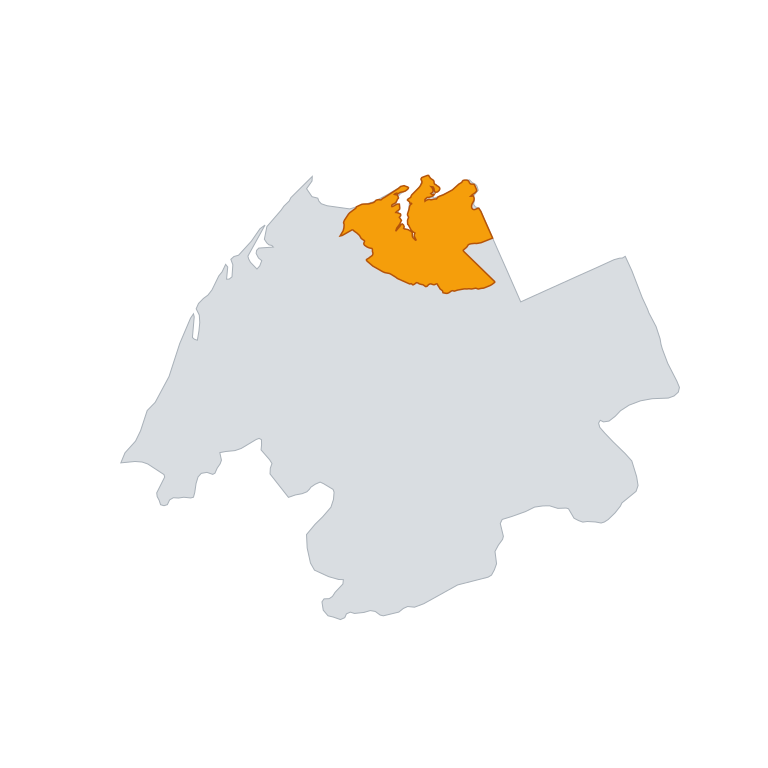 Gabon, with Estuaire highlighted, rotated 66°
{"feature_id": "GAB-2168", "entity_name": "Estuaire", "entity_type": "Province", "adm_level": 1, "iso_a3": "GAB", "parent_name": "Gabon", "parent_adm1": "", "projection": "natural_earth1", "projection_center": [9.925, 0.242], "detail": "fine", "context": "in_parent", "style": "filled", "palette": "amber", "viewbox_px": 768, "rotation_deg": 66, "n_neighbors": 0, "source": "natural_earth", "source_scale": "10m", "svg_char_len": 7924}
<svg xmlns="http://www.w3.org/2000/svg" viewBox="0 0 768 768"><g transform="rotate(66 384 384)"><path d="M512.9,123.8L512.5,130.0L506.5,145.0L503.7,156.5L503.0,168.8L504.6,178.8L507.5,185.8L509.4,193.5L507.9,198.9L505.1,201.2L507.0,203.9L511.4,204.5L518.9,202.2L530.3,198.1L545.3,192.1L555.1,188.9L571.4,190.9L580.1,193.2L584.6,197.4L589.4,215.0L591.7,217.7L595.7,225.3L599.0,234.3L599.7,238.9L599.3,242.2L596.0,247.0L592.3,254.2L591.0,258.6L587.9,261.8L583.9,265.0L573.0,266.2L571.4,268.1L568.3,275.8L562.6,282.3L560.0,288.4L557.7,296.5L558.1,306.7L557.0,321.2L555.8,331.1L558.7,334.5L571.7,336.9L574.2,338.9L577.7,345.0L582.1,350.7L594.0,354.3L598.6,358.7L602.3,363.5L602.8,367.5L600.1,383.3L597.5,398.5L598.5,410.0L599.5,421.0L600.9,437.1L600.3,446.9L596.9,452.9L596.9,457.6L598.4,463.2L595.5,478.9L593.5,481.5L588.2,484.5L585.4,488.7L584.5,495.3L581.6,504.3L578.7,507.6L578.7,511.8L581.5,514.9L581.5,519.6L576.2,525.2L573.0,529.4L565.9,531.5L557.8,529.3L555.9,526.2L557.8,521.4L557.1,517.5L554.4,513.4L550.0,502.9L546.2,500.7L544.1,505.0L537.5,512.9L525.8,523.2L517.7,524.0L502.6,520.9L490.0,516.0L484.1,504.0L480.4,494.1L475.0,482.6L468.9,477.1L462.5,473.6L459.6,473.4L450.4,479.8L447.6,482.3L447.6,487.7L448.5,492.7L449.9,495.1L451.1,498.3L450.9,503.4L449.3,510.1L448.7,517.4L419.8,524.7L414.7,522.1L411.1,518.7L406.7,519.3L394.2,523.1L389.6,520.5L385.0,518.6L382.9,520.2L382.7,523.3L384.8,540.7L384.2,547.3L381.3,556.0L379.9,561.9L387.5,563.5L390.3,566.2L393.0,570.6L396.7,574.7L396.9,577.2L392.7,581.7L391.3,587.3L393.3,591.7L398.5,596.2L406.1,601.0L409.9,604.1L409.5,606.9L406.0,613.0L404.6,618.1L402.2,622.7L402.7,627.0L406.1,631.0L405.7,634.5L403.4,637.2L398.7,636.7L394.6,637.0L391.0,635.9L379.8,622.2L377.3,621.8L360.9,632.4L356.9,636.7L353.5,643.0L349.0,656.5L341.5,648.6L335.1,634.2L327.7,625.4L311.9,611.1L307.7,600.5L289.7,577.3L263.9,554.1L245.2,534.0L242.4,529.5L245.5,530.1L263.6,540.1L266.0,539.0L268.1,536.7L260.3,531.5L252.9,527.3L245.9,524.7L238.9,525.0L235.0,520.7L232.4,514.2L231.2,508.7L228.1,502.9L218.1,491.0L215.7,486.3L210.3,480.0L213.6,479.2L224.2,485.2L225.2,482.8L224.3,479.3L213.6,473.6L207.8,473.2L206.5,469.2L207.2,464.5L199.6,447.1L191.7,434.1L190.4,428.0L211.8,456.3L214.7,456.8L218.5,456.5L227.3,453.3L225.6,449.5L221.6,445.5L217.8,447.4L212.7,447.7L210.1,446.0L208.9,443.1L213.9,429.4L211.8,430.1L210.1,432.5L207.4,433.7L203.1,434.4L192.6,427.0L183.3,407.2L180.8,403.1L178.3,396.2L175.9,393.3L165.2,365.1L169.3,367.2L174.1,375.3L183.6,373.6L187.3,368.9L190.5,369.1L193.8,368.0L198.0,363.5L210.1,344.1L213.4,318.4L212.3,303.1L210.5,288.0L214.6,283.2L216.1,286.3L216.9,291.7L218.8,295.7L223.1,299.3L231.2,300.2L243.6,305.8L248.0,309.4L249.2,302.3L263.5,296.2L259.2,294.0L246.5,296.4L229.1,287.3L223.3,281.6L217.9,270.6L212.3,264.9L212.7,259.7L225.2,255.0L228.5,255.5L229.8,261.2L233.2,263.5L234.5,262.7L235.0,257.9L235.1,245.0L231.3,226.4L232.4,222.8L235.9,221.5L238.9,219.1L241.0,218.6L245.3,219.1L247.4,223.4L248.6,225.8L252.8,226.8L256.4,229.1L259.4,228.5L261.9,225.8L265.6,225.3L277.0,225.3L287.3,225.4L307.9,225.5L328.5,225.5L349.1,225.6L364.6,225.7L364.5,215.1L364.4,198.7L364.3,179.3L364.2,160.8L364.2,143.6L364.0,123.3L364.9,117.5L365.9,115.1L365.5,111.7L381.5,111.5L410.3,113.0L422.9,112.8L426.5,113.1L442.2,112.1L455.0,113.4L460.4,114.8L465.3,115.5L480.6,116.4L500.5,115.3L507.3,115.5L511.1,118.4L512.9,123.8Z" fill="#d9dde1" stroke="#a8b0b8" stroke-width="1"/><path d="M265.6,225.3L273.9,225.4L294.9,225.4L294.4,237.9L293.3,242.3L292.4,244.0L291.3,247.4L291.0,249.1L291.1,250.4L292.3,252.2L292.7,253.0L293.0,253.9L293.7,256.4L294.0,257.2L294.6,257.4L295.7,257.1L335.3,241.3L335.9,241.3L336.2,241.6L337.0,245.0L337.2,247.0L337.0,253.0L336.9,254.1L336.1,256.5L335.7,258.6L335.6,259.2L335.4,259.5L334.3,260.6L333.9,261.1L333.8,261.3L333.7,261.5L332.9,265.1L332.6,265.8L332.0,266.8L331.7,267.3L331.4,267.9L331.3,268.3L331.0,269.3L330.9,269.6L330.0,271.4L329.7,272.2L328.1,278.7L327.9,281.0L327.8,281.7L327.7,282.1L327.4,282.5L327.1,282.8L326.7,283.2L326.6,283.6L326.4,284.5L327.0,287.4L327.0,288.4L327.0,288.9L326.9,289.4L326.5,290.4L325.9,291.2L325.7,291.5L325.0,292.5L324.6,293.0L323.1,292.7L322.8,292.7L322.5,292.7L320.2,294.0L319.1,294.2L318.6,294.2L315.6,294.7L314.5,294.6L314.1,294.9L313.9,295.2L313.8,296.0L313.8,297.2L313.7,297.9L313.4,298.4L313.1,298.8L311.8,300.2L311.6,300.4L311.4,301.0L311.3,301.5L311.3,302.2L311.3,302.6L311.5,303.2L312.2,304.8L312.2,305.5L311.9,306.4L309.8,307.6L309.1,308.1L308.3,309.3L306.8,311.1L305.5,311.9L304.6,313.1L304.6,313.3L304.9,314.2L305.2,316.0L305.3,316.8L305.2,317.2L304.9,317.6L304.6,317.7L304.0,317.9L303.5,318.2L303.3,318.7L303.2,319.2L303.2,319.6L302.9,320.0L293.7,328.3L292.8,329.0L291.4,329.7L286.0,333.4L285.1,334.3L282.6,337.9L280.9,339.5L271.8,346.2L264.9,349.5L263.5,349.7L263.1,349.1L263.0,348.3L262.8,346.6L262.5,345.8L262.0,343.2L261.7,342.3L261.1,341.6L260.5,341.2L259.8,340.8L258.3,340.7L257.6,340.4L256.8,340.0L256.1,339.8L255.3,339.9L254.6,340.8L254.0,341.7L253.0,342.8L251.7,343.9L249.4,345.3L248.1,345.5L247.2,345.2L245.7,343.7L245.0,343.6L243.7,344.5L241.8,345.6L241.0,345.7L238.8,345.9L238.0,346.1L235.0,347.4L232.0,349.2L231.3,349.4L230.6,349.8L230.2,350.5L231.3,361.8L230.9,363.9L227.4,359.0L225.0,357.1L222.4,355.7L221.7,355.5L220.3,355.4L219.3,354.6L218.2,353.4L214.3,347.3L213.6,345.6L211.9,338.2L210.9,337.1L210.8,331.1L211.4,329.2L213.1,325.3L213.5,323.5L213.5,322.6L213.9,320.7L213.9,319.6L213.8,318.8L212.9,316.6L213.0,315.5L213.2,314.5L213.6,313.5L214.2,312.7L214.6,311.9L214.4,311.1L214.1,310.4L213.9,309.7L213.8,307.8L211.2,291.2L210.3,288.4L210.5,287.6L210.9,285.3L211.1,284.8L211.4,284.6L213.8,282.1L214.7,281.8L215.4,282.5L216.0,284.2L216.4,286.3L216.2,288.1L215.5,291.4L215.6,292.4L216.0,293.3L216.0,294.1L215.2,294.3L214.8,294.7L214.7,295.6L214.7,296.6L215.0,297.4L215.6,296.7L216.0,295.9L216.5,295.3L217.3,295.0L219.8,295.0L220.2,295.3L220.6,296.4L222.6,298.7L223.3,300.4L223.5,303.7L224.0,304.2L224.6,304.7L225.2,304.6L225.4,303.7L225.0,299.9L225.1,298.4L225.9,296.8L229.6,298.0L230.6,298.6L231.0,299.6L231.6,302.6L232.1,303.4L232.4,302.8L234.6,300.4L235.3,299.8L236.4,299.9L237.1,300.4L237.9,302.2L241.6,301.5L244.4,304.7L246.7,308.9L249.2,311.2L246.4,305.3L245.3,303.7L245.1,302.3L246.6,301.5L248.6,301.6L249.8,302.8L250.7,302.2L252.1,300.1L252.9,299.1L255.6,297.2L256.5,296.8L257.7,296.8L260.0,297.8L261.2,298.1L262.3,297.9L265.4,296.8L265.4,296.1L261.6,296.2L260.1,295.7L258.6,294.3L257.4,295.2L256.0,296.0L254.5,296.6L248.7,297.0L247.7,297.4L244.3,296.1L243.3,295.3L242.2,294.1L241.6,293.7L239.2,293.8L238.3,293.4L234.7,290.2L232.1,288.4L231.0,287.1L230.6,285.4L230.1,285.4L229.6,286.4L229.2,286.8L228.2,286.6L227.6,286.8L225.9,287.7L225.4,287.8L224.8,286.8L224.3,283.6L223.5,283.0L222.5,281.7L218.8,272.1L217.9,270.4L215.8,267.7L214.3,266.9L213.0,267.0L211.8,266.9L210.8,265.6L210.8,264.3L211.1,259.5L211.6,258.4L213.2,258.2L215.0,257.8L215.8,257.4L217.3,256.4L218.1,256.0L219.1,255.9L219.8,256.1L220.5,256.4L221.5,256.5L222.1,256.4L223.1,255.5L224.5,254.9L225.7,254.0L227.1,253.4L228.5,253.6L229.7,255.0L230.3,257.0L230.0,258.8L228.8,259.6L225.5,258.8L223.9,259.0L222.8,260.8L224.6,260.2L226.8,260.3L228.6,261.5L229.0,263.8L229.9,263.4L230.6,262.8L231.0,261.9L231.1,260.8L232.0,262.2L232.1,264.7L231.7,267.3L231.1,268.6L231.8,271.1L232.4,271.8L233.7,272.2L233.4,270.8L233.4,269.0L233.8,267.4L234.4,266.8L234.9,266.0L235.7,262.2L236.3,260.8L235.3,259.1L235.0,257.2L235.3,253.0L234.5,242.6L231.8,234.3L231.6,232.2L231.3,230.8L230.6,229.9L230.2,228.9L230.6,227.1L231.5,225.3L232.5,224.4L233.6,224.1L235.0,224.1L236.3,223.7L237.1,222.6L237.6,221.4L238.3,220.5L239.7,220.3L244.1,220.4L245.3,220.8L246.3,222.8L247.0,226.5L247.7,228.4L248.3,226.9L248.6,225.8L250.9,226.1L252.0,226.6L253.3,227.6L255.2,230.2L256.5,231.3L257.8,232.0L259.2,232.2L260.4,231.9L261.3,230.9L261.6,229.8L261.6,227.2L262.0,225.9L263.4,225.7L265.6,225.3Z" fill="#f59e0b" stroke="#b45309" stroke-width="1.5"/></g></svg>